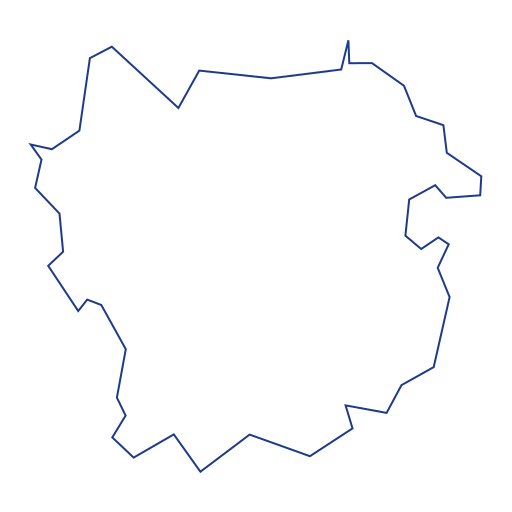 Kayes, Albers equal-area conic projection
{"feature_id": "MLI-2793", "entity_name": "Kayes", "entity_type": "Region", "adm_level": 1, "iso_a3": "MLI", "parent_name": "Mali", "parent_adm1": "", "projection": "albers", "projection_center": [-10.556, 13.794], "detail": "coarse", "context": "isolated", "style": "outline", "palette": "blue", "viewbox_px": 512, "rotation_deg": 0, "n_neighbors": 0, "source": "natural_earth", "source_scale": "10m", "svg_char_len": 706}
<svg xmlns="http://www.w3.org/2000/svg" viewBox="0 0 512 512"><path d="M78.2,311.0L48.2,265.8L63.1,251.7L59.5,213.6L35.1,187.9L41.5,159.6L30.7,144.5L51.9,149.2L79.4,130.6L89.9,58.1L111.8,46.7L178.4,108.0L199.2,70.6L271.0,78.3L341.2,69.5L348.4,40.3L349.3,63.2L372.0,63.1L404.0,85.8L416.1,116.0L443.4,125.2L446.8,152.8L481.3,176.3L480.2,195.3L446.2,197.8L435.2,185.2L409.2,199.5L405.4,235.7L421.2,249.0L438.4,237.4L448.7,244.3L437.7,267.8L449.6,297.1L433.7,367.1L401.5,385.1L386.6,412.9L345.6,405.4L352.5,428.4L309.9,456.2L249.6,434.6L200.4,471.7L173.8,434.4L133.6,457.6L112.3,437.4L125.6,415.6L116.9,397.6L125.8,349.2L101.3,305.0L87.2,299.6L78.2,311.0Z" fill="none" stroke="#1e3a8a" stroke-width="2"/></svg>